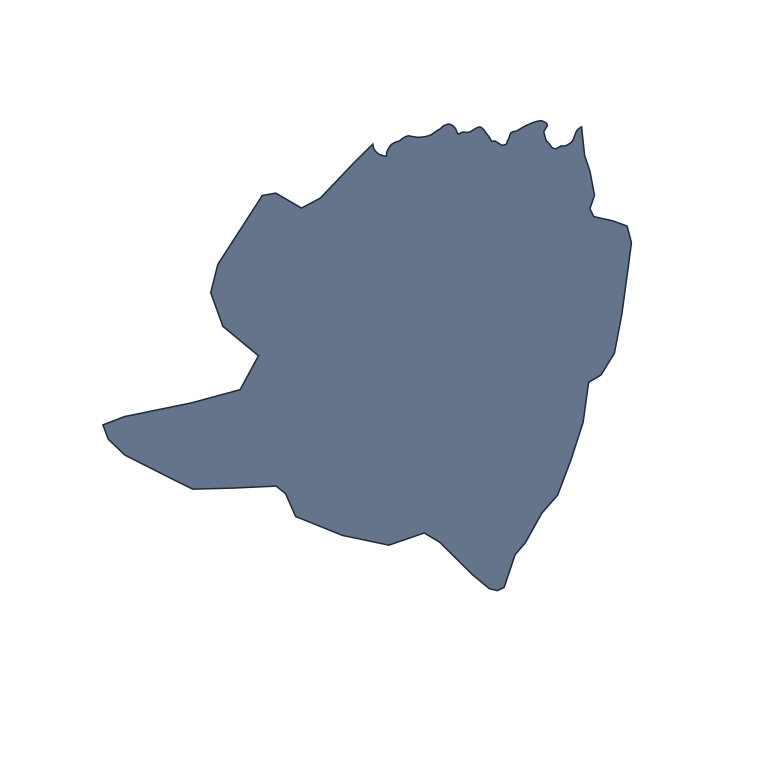 the district of San Antonio, Salto, Uruguay, rotated 162°
{"feature_id": "84410073B94997930577424", "entity_name": "San Antonio", "entity_type": "district", "adm_level": 2, "iso_a3": "URY", "parent_name": "Uruguay", "parent_adm1": "Salto", "projection": "orthographic", "projection_center": [-57.814, -31.368], "detail": "fine", "context": "isolated", "style": "filled", "palette": "slate", "viewbox_px": 768, "rotation_deg": 162, "n_neighbors": 0, "source": "geoboundaries", "source_scale": "gbopen_adm2", "svg_char_len": 2019}
<svg xmlns="http://www.w3.org/2000/svg" viewBox="0 0 768 768"><g transform="rotate(162 384 384)"><path d="M320.5,615.6L343.9,603.9L387.1,580.5L408.1,576.8L427.9,599.0L441.5,600.9L505.1,549.1L520.6,524.4L519.4,488.6L494.7,449.6L522.6,423.1L573.2,425.6L640.6,433.2L664.0,432.0L663.3,416.7L652.4,396.4L611.5,355.8L598.4,343.1L560.6,331.9L518.1,320.2L511.5,310.1L509.0,285.3L470.3,252.8L429.1,229.2L391.8,229.9L379.9,216.2L358.9,175.4L347.0,156.7L339.9,152.4L332.6,153.4L312.0,181.2L298.6,189.3L273.8,212.4L253.2,224.6L229.9,253.7L206.4,286.1L188.9,322.3L174.7,325.6L155.3,342.1L136.0,377.3L116.6,417.6L105.0,441.9L104.0,459.1L115.9,468.4L132.6,478.3L134.1,486.9L125.5,498.3L122.4,522.4L122.6,539.3L116.6,567.5L118.7,567.1L122.0,565.6L123.7,564.1L126.6,560.4L127.7,559.0L128.9,557.7L130.9,556.1L133.0,555.4L136.5,554.6L138.2,554.4L140.0,555.0L141.9,555.7L145.4,555.1L147.5,554.5L149.3,555.3L151.2,557.0L152.7,561.7L154.3,564.6L154.6,567.3L154.1,574.4L151.9,576.6L149.0,578.9L148.6,580.4L149.1,582.2L151.1,584.4L153.1,585.9L156.8,586.5L160.9,586.7L169.4,585.9L173.4,585.1L175.7,584.5L177.2,584.3L179.3,583.7L183.4,584.1L185.3,583.9L186.8,582.7L189.2,579.3L190.3,578.0L191.9,576.7L192.7,575.1L193.7,574.4L195.2,574.2L197.3,574.4L198.3,574.9L200.0,576.8L203.1,580.7L206.2,581.5L206.9,582.7L207.5,585.7L207.8,587.2L209.3,590.9L210.3,594.6L211.3,596.5L212.5,598.4L214.6,599.2L217.5,598.8L223.7,597.3L225.0,597.3L226.7,597.4L227.1,597.5L230.4,598.9L231.7,599.3L232.9,599.3L234.2,599.0L235.5,598.4L236.4,599.4L236.8,600.6L236.8,602.2L236.9,603.8L237.5,606.1L238.4,608.0L240.4,610.2L242.4,611.4L247.5,611.3L251.9,609.2L254.9,608.7L262.4,606.4L265.8,606.4L268.2,606.5L268.7,606.6L272.6,607.3L276.2,608.4L279.8,610.2L284.0,612.5L286.8,612.6L291.2,611.7L293.8,610.4L296.5,610.5L299.1,610.4L302.4,609.7L303.9,609.1L308.0,605.6L310.2,603.0L310.7,601.2L310.8,600.5L311.5,600.2L312.9,600.5L315.9,602.6L317.7,604.0L319.0,606.0L320.2,608.2L320.9,610.8L320.8,613.2L320.5,615.6Z" fill="#64748b" stroke="#1e293b" stroke-width="1.5"/></g></svg>